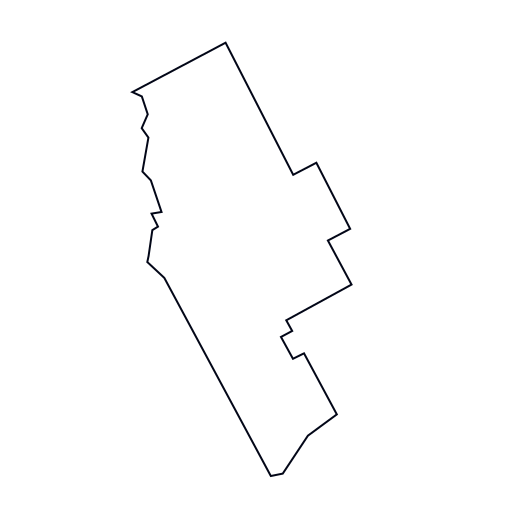 the district of Ben Hill, Georgia, United States of America, rotated 241°
{"feature_id": "52423323B98536911266025", "entity_name": "Ben Hill", "entity_type": "district", "adm_level": 2, "iso_a3": "USA", "parent_name": "United States of America", "parent_adm1": "Georgia", "projection": "albers", "projection_center": [-83.233, 31.752], "detail": "fine", "context": "isolated", "style": "outline", "palette": "ink", "viewbox_px": 512, "rotation_deg": 241, "n_neighbors": 0, "source": "geoboundaries", "source_scale": "gbopen_adm2", "svg_char_len": 532}
<svg xmlns="http://www.w3.org/2000/svg" viewBox="0 0 512 512"><g transform="rotate(241 256 256)"><path d="M56.4,162.3L52.7,173.9L73.7,214.3L78.3,249.9L147.6,250.8L148.2,238.5L173.1,238.6L172.9,251.3L185.1,251.3L184.7,325.7L234.7,326.4L234.1,351.5L308.3,354.0L309.0,327.9L457.3,332.8L459.3,227.3L450.9,233.5L432.4,230.0L423.2,218.0L411.7,219.3L384.9,197.6L373.1,200.7L340.3,194.7L343.7,185.2L329.2,184.5L328.9,177.9L308.0,162.0L303.4,158.0L281.3,165.2L86.5,162.7L56.4,162.3Z" fill="none" stroke="#020617" stroke-width="2"/></g></svg>